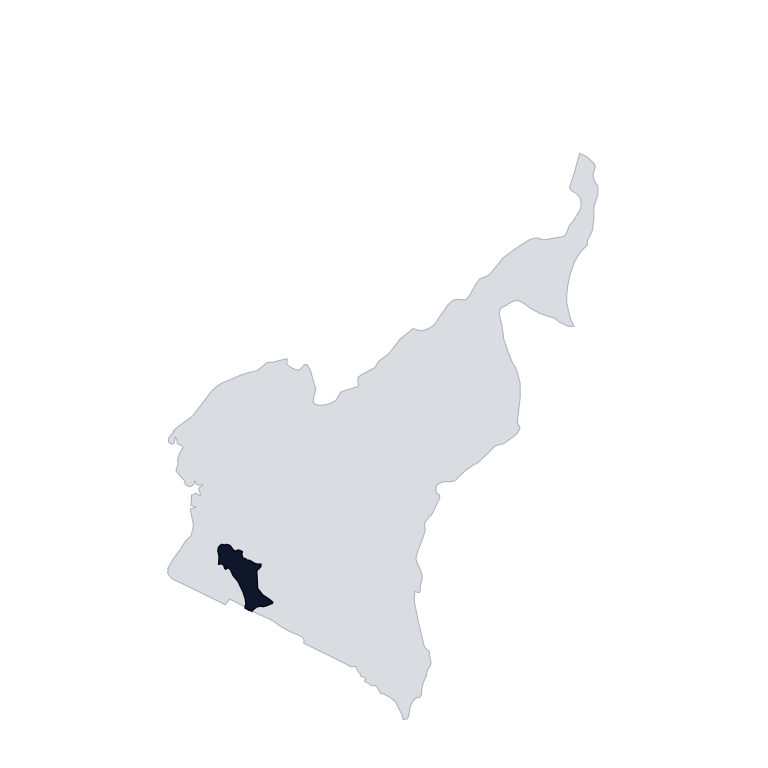 Mvila, Sud, Cameroon (highlighted), rotated 26°
{"feature_id": "32672807B58704883317804", "entity_name": "Mvila", "entity_type": "district", "adm_level": 2, "iso_a3": "CMR", "parent_name": "Cameroon", "parent_adm1": "Sud", "projection": "natural_earth1", "projection_center": [11.499, 2.757], "detail": "fine", "context": "in_parent", "style": "filled", "palette": "ink", "viewbox_px": 768, "rotation_deg": 26, "n_neighbors": 0, "source": "geoboundaries", "source_scale": "gbopen_adm2", "svg_char_len": 5172}
<svg xmlns="http://www.w3.org/2000/svg" viewBox="0 0 768 768"><g transform="rotate(26 384 384)"><path d="M215.2,518.9L216.5,515.0L226.1,496.2L232.1,466.2L234.9,459.2L237.7,454.5L251.6,438.5L256.8,433.5L264.3,427.6L269.6,415.9L271.4,414.7L273.8,413.7L285.7,403.8L286.8,405.7L287.6,408.1L288.5,409.1L292.4,409.9L297.7,409.9L300.8,409.2L302.4,407.1L304.0,401.6L305.0,400.6L306.2,400.3L312.1,404.2L321.7,415.1L324.1,417.0L325.1,419.1L327.2,429.0L328.4,431.4L330.5,432.5L334.2,431.8L338.1,430.1L341.5,427.5L344.9,424.3L347.1,421.3L348.1,419.1L348.6,411.0L349.4,409.3L361.9,397.6L361.6,396.5L359.5,393.2L357.7,389.6L359.5,385.8L361.5,383.0L368.7,373.2L369.1,366.2L374.9,355.1L378.2,340.5L378.3,337.6L385.8,321.5L393.8,320.1L396.8,317.8L400.3,313.8L402.6,310.1L403.7,306.6L404.4,299.7L405.8,291.9L406.7,285.1L409.1,278.8L413.0,275.6L419.9,273.0L421.0,271.7L422.0,267.5L422.9,253.6L424.1,247.4L430.5,240.5L433.3,229.6L435.8,218.2L443.0,204.4L451.5,190.6L455.4,186.9L458.7,185.2L462.6,185.0L465.2,184.0L474.3,177.2L478.1,174.9L480.9,172.5L481.6,170.4L481.9,167.4L481.0,160.3L482.5,155.1L483.4,147.1L483.8,140.8L483.5,138.6L481.7,134.9L479.0,131.0L474.4,128.7L468.1,128.0L464.8,126.6L463.6,119.4L463.1,114.8L458.8,90.8L466.8,90.9L476.3,93.8L478.8,95.9L480.0,104.1L483.5,108.8L489.6,112.6L493.4,120.5L494.9,132.5L498.3,139.7L499.1,140.8L503.9,154.3L504.2,160.6L503.8,164.8L505.7,170.0L502.8,178.9L502.0,184.3L501.7,192.0L503.5,205.5L506.3,215.9L509.4,224.4L512.7,230.9L518.2,238.1L524.1,244.7L529.5,248.9L524.5,251.3L514.7,251.6L509.1,250.2L506.4,250.2L503.7,251.0L493.3,252.3L482.8,251.7L473.0,250.1L467.1,250.3L462.6,254.3L458.9,260.4L455.4,265.2L456.6,270.4L459.2,273.4L464.3,279.8L468.8,286.1L471.1,290.3L480.2,299.4L488.9,307.6L493.0,310.5L494.6,311.1L499.3,315.8L505.9,323.5L512.0,335.6L520.5,359.8L522.3,361.8L525.2,363.1L525.6,365.6L525.3,369.4L524.5,372.5L517.7,385.2L511.8,390.0L510.1,393.0L507.9,400.3L502.5,414.6L500.2,416.7L494.9,426.4L490.5,438.7L489.4,440.6L487.7,442.1L481.5,445.1L479.4,446.6L476.2,450.5L475.8,453.0L477.3,456.5L479.0,459.2L482.3,459.3L484.1,461.9L484.1,480.9L482.6,483.8L482.6,485.1L481.9,488.3L481.7,492.0L482.2,493.4L483.4,494.6L485.2,497.2L486.1,503.0L488.2,523.6L489.2,526.8L491.0,529.1L496.4,533.5L502.2,539.3L504.0,543.1L505.0,549.3L507.2,554.2L507.2,555.9L506.3,556.5L502.7,556.9L503.9,560.5L506.9,566.7L521.6,585.7L535.6,602.6L538.9,603.8L541.4,604.2L542.4,605.2L543.8,607.7L548.4,613.8L549.3,617.4L548.3,620.8L549.3,626.1L550.2,628.0L549.9,629.7L550.4,636.2L551.7,641.8L553.8,646.6L553.5,650.0L550.8,651.9L549.2,655.0L548.8,659.4L549.6,664.7L551.7,671.0L551.7,674.7L548.3,677.2L544.6,672.9L540.4,669.9L534.2,664.9L527.9,663.1L519.8,662.7L516.3,663.4L510.3,659.3L508.4,658.7L505.7,660.4L503.8,660.5L501.5,659.8L496.9,659.9L496.5,657.0L495.7,656.4L490.7,656.7L489.2,654.2L488.5,654.5L486.6,653.7L482.6,650.3L478.3,652.6L469.6,652.3L425.5,652.2L424.4,649.0L422.2,647.3L418.3,647.2L406.6,647.8L397.6,647.3L391.6,646.1L384.1,645.3L374.9,645.9L365.4,645.9L348.5,645.0L339.1,645.1L339.3,647.1L338.7,648.5L338.2,651.9L278.4,651.9L273.5,649.6L272.0,648.1L271.5,645.2L270.4,644.9L271.3,632.8L273.4,622.8L274.2,613.4L277.0,605.1L275.5,596.8L273.8,593.2L264.7,581.5L268.9,577.1L263.4,577.7L262.2,573.4L259.6,568.1L261.2,567.3L262.8,564.4L267.7,565.3L267.6,563.9L263.3,559.5L263.7,557.3L265.5,554.9L264.6,553.8L261.6,556.4L259.3,556.3L257.6,554.6L256.4,554.4L257.1,557.7L255.4,560.7L253.8,561.7L251.0,561.6L248.7,560.8L248.1,559.1L246.0,557.9L240.0,555.6L234.9,553.1L233.9,545.9L231.9,542.8L231.1,539.4L230.6,535.4L231.3,529.3L230.0,528.3L228.6,528.0L226.4,528.3L224.4,528.0L222.0,524.6L219.9,523.3L221.2,529.5L219.7,531.2L216.0,530.7L214.5,528.4L214.2,526.6L215.9,519.1L215.2,518.9Z" fill="#d9dde1" stroke="#a8b0b8" stroke-width="1"/><path d="M329.2,596.7L325.7,597.1L323.9,599.3L322.0,599.5L319.6,598.4L317.6,597.3L316.8,596.8L314.5,596.8L312.3,597.5L311.9,598.2L311.6,598.5L310.4,598.8L308.5,599.3L308.0,600.2L307.4,601.1L306.9,603.5L307.8,606.8L310.0,609.4L311.6,611.7L313.4,616.0L314.3,618.4L315.1,618.2L315.7,617.1L317.4,616.8L319.8,617.3L321.5,619.5L323.0,619.8L324.0,617.8L325.3,617.4L327.6,618.3L332.2,622.2L339.3,625.4L348.6,632.8L353.2,637.5L356.1,641.7L356.9,645.1L357.4,646.3L358.0,646.4L358.3,646.5L358.5,646.2L358.8,646.0L359.1,646.2L359.7,646.2L360.1,646.3L360.1,646.0L360.2,645.9L360.4,645.9L360.7,646.0L360.9,646.3L361.3,646.1L361.5,646.1L361.5,646.5L362.0,646.5L362.1,646.0L362.6,645.9L363.0,646.2L363.3,645.8L363.5,645.8L363.7,646.1L364.0,646.1L364.3,646.0L364.4,645.7L364.6,645.7L365.0,646.0L365.1,645.2L365.7,643.4L367.4,640.0L370.5,637.7L372.8,637.1L374.7,635.5L375.7,634.7L378.4,631.6L378.6,631.3L379.7,630.2L379.8,629.6L379.5,628.8L377.5,628.4L376.3,628.0L367.2,626.7L359.9,623.1L358.6,620.6L353.4,611.2L351.4,607.6L352.0,606.0L352.7,604.4L352.8,603.6L353.3,602.2L353.1,601.3L352.3,599.9L351.3,600.4L351.1,600.5L349.4,601.4L347.7,601.8L345.8,601.9L343.4,601.7L342.8,601.7L341.1,601.4L340.9,601.5L339.8,601.7L338.3,602.4L336.7,601.9L336.4,601.8L335.6,601.8L334.1,602.3L333.9,602.3L333.1,602.3L332.0,600.6L330.5,599.3L330.5,597.8L330.2,596.9L329.4,596.7L329.2,596.7Z" fill="#0f172a" stroke="#020617" stroke-width="1.5"/></g></svg>